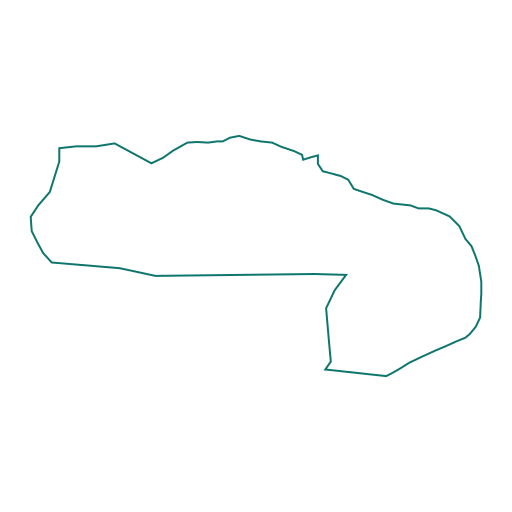 Asajaya, Sarawak, Malaysia
{"feature_id": "92858781B82892950401115", "entity_name": "Asajaya", "entity_type": "district", "adm_level": 2, "iso_a3": "MYS", "parent_name": "Malaysia", "parent_adm1": "Sarawak", "projection": "albers", "projection_center": [110.63, 1.527], "detail": "fine", "context": "isolated", "style": "outline", "palette": "teal", "viewbox_px": 512, "rotation_deg": 0, "n_neighbors": 0, "source": "geoboundaries", "source_scale": "gbopen_adm2", "svg_char_len": 1015}
<svg xmlns="http://www.w3.org/2000/svg" viewBox="0 0 512 512"><path d="M51.7,262.5L119.7,268.2L155.5,275.9L314.7,274.0L346.1,274.9L334.7,290.2L326.1,308.3L328.9,340.7L330.8,361.6L325.3,369.5L386.2,376.1L391.0,373.7L399.6,368.8L409.3,362.7L422.1,356.6L435.5,350.5L447.1,345.6L456.3,341.4L465.4,337.7L469.7,334.1L475.8,326.7L480.1,317.6L480.7,303.6L481.3,293.8L481.3,281.6L478.8,265.7L475.2,255.4L471.5,246.2L465.4,238.9L459.3,226.1L449.6,216.4L436.1,210.3L428.8,208.4L418.5,208.4L410.5,205.4L393.5,203.6L383.1,199.9L372.1,195.0L363.0,192.0L353.8,188.9L348.3,179.8L341.0,176.1L322.7,171.2L317.9,163.9L317.9,155.4L311.1,157.2L303.2,159.7L302.0,154.8L294.1,151.1L281.3,146.8L272.1,142.6L260.5,141.4L250.2,139.5L239.2,135.9L230.0,137.7L222.7,141.4L217.2,141.4L208.1,142.6L197.1,142.0L187.4,142.6L173.3,150.5L163.0,157.8L151.4,163.3L114.6,143.4L96.5,146.3L76.5,146.3L59.3,148.2L59.3,161.5L49.8,192.0L38.3,205.3L30.7,216.8L31.7,231.1L37.4,242.5L43.1,253.0L51.7,262.5Z" fill="none" stroke="#0f766e" stroke-width="2"/></svg>